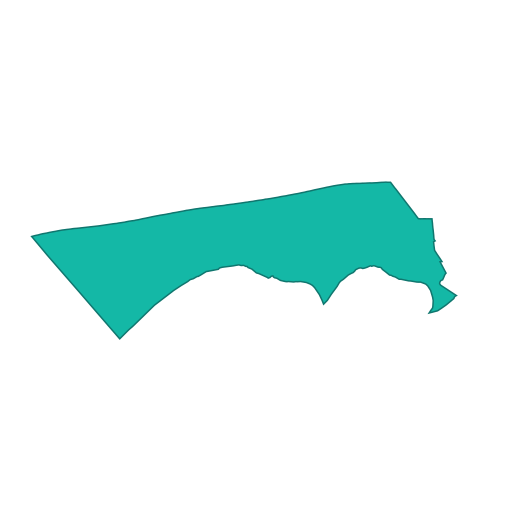 outline of Mostardas, Rio Grande do Sul, Brazil, rotated 229°
{"feature_id": "56859067B36086457768432", "entity_name": "Mostardas", "entity_type": "district", "adm_level": 2, "iso_a3": "BRA", "parent_name": "Brazil", "parent_adm1": "Rio Grande do Sul", "projection": "albers", "projection_center": [-50.76, -30.853], "detail": "fine", "context": "isolated", "style": "filled", "palette": "teal", "viewbox_px": 512, "rotation_deg": 229, "n_neighbors": 0, "source": "geoboundaries", "source_scale": "gbopen_adm2", "svg_char_len": 3971}
<svg xmlns="http://www.w3.org/2000/svg" viewBox="0 0 512 512"><g transform="rotate(229 256 256)"><path d="M417.9,99.5L393.2,99.0L374.4,99.0L371.4,99.0L345.7,99.0L320.9,98.9L282.9,98.8L283.8,111.5L283.8,117.5L285.5,147.1L284.4,164.6L284.0,171.3L282.8,180.3L281.5,187.7L281.4,190.7L280.0,193.8L279.2,198.0L278.5,199.0L277.9,202.0L276.9,208.2L273.6,213.8L271.6,217.3L270.7,218.8L270.9,220.6L269.7,223.1L263.6,232.2L261.9,235.1L260.5,237.3L258.6,238.5L257.0,240.6L255.0,241.4L253.8,242.5L252.6,242.4L248.8,244.3L243.0,245.2L240.9,246.6L232.4,250.5L231.3,250.7L230.6,252.4L230.7,254.2L229.9,255.7L228.6,255.4L227.3,255.8L225.6,257.1L221.6,258.4L217.6,261.3L216.3,262.5L215.6,263.6L211.7,267.4L210.5,269.3L209.5,270.3L207.5,272.9L203.0,276.6L199.3,278.5L196.8,279.3L193.6,279.5L185.2,278.5L179.0,276.7L175.3,275.4L175.7,280.7L177.7,287.6L179.4,295.3L179.9,297.4L181.2,301.2L181.5,303.2L181.1,306.8L181.1,313.3L180.3,316.8L179.8,318.2L179.8,320.4L180.3,322.1L179.4,325.6L178.2,327.4L176.5,328.4L175.5,330.3L174.6,332.5L174.0,334.6L173.5,336.0L172.4,336.5L171.4,338.6L170.1,339.4L167.5,340.8L166.1,342.2L165.0,342.8L162.9,342.6L159.1,343.4L154.0,344.3L152.7,345.4L151.1,345.9L148.7,347.4L144.5,348.8L143.3,350.2L137.2,354.8L135.6,356.4L130.7,360.4L128.3,363.1L123.5,365.7L120.8,366.0L115.5,365.2L109.1,362.3L106.1,360.5L101.9,356.4L100.9,355.1L100.2,352.0L99.4,349.3L95.5,357.1L94.9,361.7L94.3,367.5L94.1,377.4L94.8,378.6L95.0,379.9L94.7,381.3L111.8,376.5L113.0,376.2L114.6,376.4L115.6,377.5L116.2,379.3L115.6,381.2L116.4,383.0L117.0,384.3L117.6,385.4L118.2,386.8L118.4,388.2L130.9,391.1L129.8,392.7L134.2,393.3L138.5,393.8L143.1,394.5L146.9,397.0L150.3,399.4L149.9,401.1L151.6,401.2L153.1,402.2L155.2,403.8L157.2,405.2L158.9,406.4L161.3,408.0L163.4,409.5L165.0,410.7L166.8,411.9L168.6,413.2L169.9,411.7L171.1,410.4L172.2,409.1L173.3,407.9L174.4,406.6L175.5,405.3L176.5,404.1L177.7,403.0L179.1,403.1L180.6,403.2L182.0,403.3L183.9,403.5L214.8,405.4L216.3,405.4L223.4,405.9L225.2,403.8L226.6,402.4L227.8,400.8L229.2,399.1L230.7,397.1L231.7,395.7L233.5,393.4L235.3,391.1L236.5,389.8L237.7,388.3L239.1,386.5L240.3,385.0L241.3,383.8L242.5,382.2L243.6,380.9L244.9,379.4L245.9,378.1L247.3,376.4L248.4,374.9L249.6,373.4L250.6,371.9L251.9,370.3L253.2,368.2L254.6,366.0L255.7,364.3L257.0,362.2L258.1,360.4L259.5,357.9L260.5,356.1L261.3,354.8L262.1,353.3L262.9,351.8L263.9,350.0L264.9,348.2L266.3,345.7L267.1,344.3L268.0,342.6L268.8,341.0L269.7,339.3L270.4,338.1L271.2,336.8L272.0,335.1L272.9,333.5L273.9,331.8L274.9,329.9L276.1,327.8L277.3,325.9L278.5,323.8L279.5,322.1L280.5,320.4L281.8,318.0L283.1,316.0L284.4,313.9L286.1,310.8L287.1,309.2L288.0,307.7L288.8,306.4L289.8,304.7L290.9,303.0L291.6,301.9L292.8,300.2L293.4,299.0L294.1,297.8L294.8,296.7L296.1,294.8L297.0,293.4L297.9,291.9L298.6,290.8L299.2,289.7L300.4,287.9L301.2,286.7L302.2,285.0L303.4,283.3L304.2,282.0L305.0,280.7L306.1,279.0L307.1,277.5L307.8,276.4L308.8,274.9L309.9,273.1L311.1,271.4L312.0,270.1L312.9,268.7L313.8,267.4L315.0,265.3L316.2,263.5L317.8,261.3L318.8,259.9L320.0,258.1L321.0,256.5L322.3,254.6L323.4,252.9L324.5,251.2L325.6,249.6L326.6,248.2L327.6,246.7L328.9,244.8L329.7,243.5L330.9,241.7L331.8,240.3L332.8,238.6L334.2,236.3L335.4,234.4L336.1,233.4L337.3,231.2L338.1,229.8L339.0,228.3L340.0,226.6L341.1,224.7L342.3,222.8L343.3,221.2L344.2,219.4L345.6,217.1L346.5,215.5L347.6,213.7L348.6,212.1L349.7,210.4L350.4,209.1L351.6,207.1L353.5,203.8L355.8,199.6L357.2,197.1L358.4,195.1L359.4,193.2L360.5,191.1L361.8,189.0L362.7,187.3L364.0,185.4L364.9,184.0L365.6,182.9L366.7,181.0L367.7,179.1L369.0,177.1L369.8,175.8L371.0,174.0L372.0,172.2L373.1,170.7L374.3,168.9L381.6,157.5L393.4,140.4L394.3,139.1L395.6,137.4L396.8,135.7L397.5,134.5L399.1,132.1L400.1,130.7L401.6,128.4L402.7,126.8L404.0,124.6L405.3,122.4L406.2,120.8L407.3,119.0L408.3,117.3L409.3,115.6L410.5,113.3L411.6,111.5L412.7,109.7L413.9,107.4L414.7,105.6L415.8,103.7L416.6,102.2L417.9,99.5Z" fill="#14b8a6" stroke="#0f766e" stroke-width="1.5"/></g></svg>